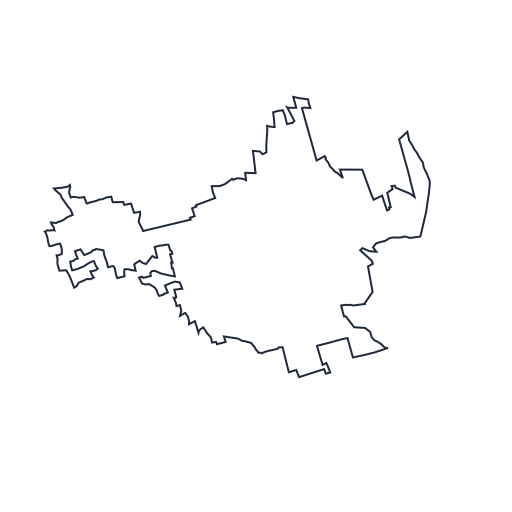 Hocabá, Yucatán, Mexico (Equal Earth projection), rotated 159°
{"feature_id": "50627088B46222132432578", "entity_name": "Hocabá", "entity_type": "district", "adm_level": 2, "iso_a3": "MEX", "parent_name": "Mexico", "parent_adm1": "Yucatán", "projection": "equal_earth", "projection_center": [-89.223, 20.81], "detail": "fine", "context": "isolated", "style": "outline", "palette": "slate", "viewbox_px": 512, "rotation_deg": 159, "n_neighbors": 0, "source": "geoboundaries", "source_scale": "gbopen_adm2", "svg_char_len": 5634}
<svg xmlns="http://www.w3.org/2000/svg" viewBox="0 0 512 512"><g transform="rotate(159 256 256)"><path d="M151.2,383.6L158.6,387.6L164.2,391.2L165.2,381.1L165.4,380.0L172.7,382.8L173.6,383.7L171.8,368.4L174.0,367.2L179.8,368.1L179.1,373.7L178.6,378.1L178.9,381.4L178.7,382.5L183.7,383.6L188.5,384.0L190.4,376.5L191.4,373.3L192.4,369.7L196.4,371.7L199.0,373.5L199.9,370.9L200.4,369.3L207.0,355.1L209.1,349.1L213.3,348.6L215.1,352.3L221.2,355.2L226.7,333.5L236.3,337.5L238.1,330.4L240.6,332.8L244.1,334.6L245.7,335.2L248.1,335.5L249.4,335.5L249.8,335.2L250.6,336.6L255.9,335.1L259.5,334.2L261.2,334.2L262.6,334.3L265.1,334.3L272.3,337.1L273.4,330.9L273.3,324.7L277.1,324.8L294.0,324.9L294.0,323.5L298.6,323.4L299.0,315.2L303.9,315.4L304.0,313.4L352.6,319.8L352.5,321.4L352.5,321.5L352.5,321.8L353.3,330.0L349.1,336.5L348.5,338.8L354.3,340.0L353.9,349.8L360.6,350.9L360.8,352.9L360.6,354.0L364.9,355.5L370.5,357.6L369.9,363.2L374.8,364.3L379.0,364.0L382.0,364.9L385.1,364.7L389.3,365.2L390.5,365.3L392.1,365.6L394.4,365.4L395.4,366.1L395.2,372.6L397.9,373.2L398.0,373.2L399.7,373.6L400.2,373.9L403.3,375.6L405.3,376.7L408.0,377.0L407.9,378.0L407.8,382.3L405.6,385.9L404.8,386.7L404.5,387.8L404.3,389.0L406.5,388.2L409.7,388.6L411.2,389.1L412.5,389.1L414.5,389.8L420.4,391.4L419.8,389.5L418.7,387.4L416.4,383.1L416.6,380.1L415.4,376.0L415.4,375.2L415.2,374.7L414.5,372.3L414.3,371.1L413.9,369.5L412.6,366.3L412.4,362.1L412.5,361.3L412.4,360.1L418.2,359.9L422.0,358.9L423.2,358.6L426.6,358.4L428.5,358.8L430.8,358.4L435.4,360.8L435.4,359.6L435.2,357.6L434.6,355.4L435.0,352.1L435.9,352.8L439.6,353.7L440.7,354.3L441.5,354.8L444.4,354.4L444.0,353.5L444.0,352.4L444.0,350.5L444.2,347.6L444.9,344.3L445.3,341.8L445.2,340.3L445.3,339.2L443.9,338.8L442.1,338.6L440.4,338.5L438.7,338.4L434.5,337.8L434.5,335.3L434.7,332.4L435.9,329.1L436.7,327.4L440.9,327.6L441.9,328.1L442.1,327.3L442.2,325.5L442.3,324.5L444.2,319.9L444.8,312.8L438.2,310.6L437.2,304.0L437.1,291.6L434.5,292.0L431.0,294.6L425.8,294.8L421.9,295.1L419.1,293.7L415.2,294.0L415.6,294.8L416.2,301.0L412.9,300.3L411.2,300.2L410.5,300.2L408.2,300.9L409.1,304.6L409.1,309.2L410.9,309.7L415.7,309.1L420.9,308.0L428.3,307.9L432.8,308.5L432.4,312.9L431.5,317.3L428.3,316.9L426.2,317.6L423.3,317.5L423.5,321.2L423.3,325.4L417.5,325.1L416.0,318.4L414.0,318.4L411.4,318.5L409.5,318.6L408.1,318.8L407.0,319.3L406.5,319.9L404.8,319.5L404.2,319.5L402.9,319.9L397.6,316.8L396.4,316.0L397.4,310.8L397.5,302.3L397.8,301.9L398.1,298.4L393.4,298.0L392.5,297.1L392.2,295.5L393.2,289.3L393.5,285.1L386.0,284.2L384.7,288.8L383.2,290.8L379.7,289.2L377.6,287.6L377.4,287.5L377.1,287.4L373.6,285.4L373.5,286.4L373.3,287.3L372.7,291.8L370.8,292.4L366.2,293.3L364.9,291.1L364.1,289.9L363.1,289.2L361.7,287.9L352.8,293.1L350.2,290.1L348.8,289.8L347.4,300.7L341.7,300.1L338.8,299.2L337.2,299.2L335.1,298.4L333.7,297.9L334.0,291.8L333.1,291.1L333.2,288.1L335.6,288.4L336.1,282.9L336.3,279.7L337.6,280.2L338.9,274.5L338.0,274.2L339.0,266.1L342.8,268.2L342.9,268.3L343.0,268.3L350.9,273.7L355.8,278.4L358.6,279.2L360.7,278.1L361.4,275.0L369.1,276.0L369.7,277.5L373.0,277.8L372.6,275.0L372.6,273.7L372.3,272.3L372.3,271.3L369.4,269.0L365.9,268.1L364.3,266.2L361.9,263.0L361.0,259.5L361.1,258.6L361.2,255.7L360.6,253.4L360.4,253.4L356.4,253.1L355.6,253.6L351.4,253.5L351.5,257.2L351.6,261.1L349.0,261.2L341.0,261.2L336.7,258.7L336.6,251.9L344.3,253.8L345.2,246.1L346.0,245.8L347.8,246.5L347.6,240.6L348.1,238.3L348.2,237.8L344.6,237.4L345.4,231.6L348.4,227.3L342.8,228.3L342.4,228.0L341.3,223.5L342.0,218.6L343.0,216.3L336.4,217.1L336.7,210.7L337.0,208.6L337.2,205.3L337.2,205.2L337.2,204.9L336.3,206.3L334.3,207.5L330.8,208.3L329.3,201.3L327.2,196.0L328.1,191.0L324.1,190.1L324.0,187.6L323.8,187.6L315.1,186.6L314.8,192.4L302.5,185.4L298.8,181.3L297.0,180.5L291.7,176.6L290.7,173.4L290.0,171.8L289.6,168.6L288.7,166.3L288.6,164.9L288.3,164.8L286.3,164.1L286.2,164.0L285.3,162.9L284.4,163.2L282.1,163.3L278.8,163.0L277.2,162.8L273.5,162.2L268.5,161.7L267.4,162.6L263.9,161.3L267.0,135.7L259.3,135.2L259.2,127.5L232.9,126.0L232.9,125.2L233.1,121.2L228.5,120.6L228.4,125.6L228.7,130.9L232.8,130.5L232.1,140.4L231.9,142.9L231.3,150.2L230.4,150.2L230.1,150.2L225.7,149.6L222.8,149.3L219.8,148.9L213.8,148.3L205.4,147.5L200.0,146.6L201.9,126.6L190.9,124.8L179.9,123.5L174.3,123.2L166.6,122.9L166.6,123.1L166.6,123.3L167.7,123.4L169.0,125.2L170.7,128.9L173.7,133.0L175.6,134.7L177.1,138.7L176.9,141.2L177.0,141.4L176.6,144.0L177.2,145.2L179.0,148.1L180.0,149.8L189.9,154.3L193.8,167.5L195.5,168.0L194.3,179.3L189.7,178.3L188.1,177.4L185.8,176.8L183.1,175.0L171.6,172.2L171.7,172.7L160.0,180.7L155.2,206.1L149.7,206.9L149.7,210.3L156.7,224.0L153.8,225.2L148.0,219.6L142.1,216.9L143.7,222.1L139.6,224.6L136.1,224.6L129.8,223.8L126.7,224.5L124.5,224.8L120.8,224.0L115.6,221.8L112.4,221.1L111.9,220.9L110.8,221.2L108.0,219.5L107.3,218.9L105.7,217.6L102.1,216.8L100.1,216.4L95.7,215.3L93.5,218.3L83.0,233.8L80.8,237.1L77.5,243.2L72.0,252.8L71.9,253.0L69.7,257.4L67.4,262.2L66.8,265.3L67.0,268.7L67.0,271.9L67.5,275.5L67.6,279.1L67.5,279.7L66.7,283.1L68.3,290.2L68.8,294.8L70.1,299.3L70.4,302.8L71.6,309.0L70.2,317.7L80.6,313.6L83.5,282.5L84.5,273.5L85.2,269.3L86.8,254.3L89.9,259.0L101.2,269.8L101.2,271.9L104.4,272.7L104.5,269.5L110.8,268.0L112.7,253.4L114.4,253.7L114.6,251.8L117.4,251.6L116.6,267.1L116.9,267.1L126.1,266.4L126.2,271.8L126.3,271.8L125.8,298.5L146.7,306.6L147.0,297.6L150.2,304.3L152.3,306.8L153.4,310.2L154.8,312.9L155.1,317.4L156.4,321.4L155.8,322.3L155.7,323.4L156.0,324.6L165.2,323.4L160.1,377.7L157.3,377.1L152.3,374.6L152.0,379.4L151.2,383.6Z" fill="none" stroke="#1e293b" stroke-width="2"/></g></svg>